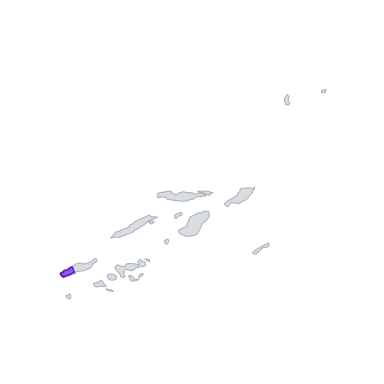 North West Choiseul, Choiseul, Solomon Islands shown in context, rotated 292°
{"feature_id": "97153195B88202120204491", "entity_name": "North West Choiseul", "entity_type": "district", "adm_level": 2, "iso_a3": "SLB", "parent_name": "Solomon Islands", "parent_adm1": "Choiseul", "projection": "equal_earth", "projection_center": [156.555, -6.774], "detail": "fine", "context": "in_parent", "style": "filled", "palette": "violet", "viewbox_px": 384, "rotation_deg": 292, "n_neighbors": 0, "source": "geoboundaries", "source_scale": "gbopen_adm2", "svg_char_len": 5998}
<svg xmlns="http://www.w3.org/2000/svg" viewBox="0 0 384 384"><g transform="rotate(292 192 192)"><path d="M152.3,194.3L158.0,199.9L160.4,199.4L167.9,199.5L172.3,203.5L174.9,205.4L176.4,208.9L178.2,209.8L179.3,211.6L179.9,214.9L177.1,216.7L175.5,217.2L171.1,216.0L167.0,213.5L158.7,213.2L154.9,212.4L153.6,211.5L152.4,210.1L150.4,207.0L148.9,203.4L148.7,201.2L148.6,197.2L149.1,195.7L150.6,194.2L152.3,194.3ZM178.3,160.9L184.7,171.3L184.4,173.1L183.6,174.3L183.3,177.8L184.1,179.2L185.9,179.8L188.8,183.5L190.1,189.5L191.3,191.5L191.4,195.9L194.2,201.9L194.4,204.8L194.1,206.1L192.9,205.4L189.6,198.5L185.7,195.6L185.3,194.3L181.4,190.3L178.8,183.6L176.0,171.6L177.4,168.7L174.2,162.9L174.3,161.4L176.6,161.7L177.1,161.0L178.3,160.9ZM154.9,166.1L155.7,169.4L152.3,166.5L149.6,162.9L142.1,159.0L140.5,157.0L139.1,156.8L135.3,153.5L131.5,151.3L128.6,147.3L127.2,146.7L124.8,143.5L122.5,141.5L121.7,137.7L119.4,135.1L118.9,134.0L126.1,136.1L129.4,140.2L132.2,142.5L133.2,144.2L135.8,146.5L138.1,146.7L140.4,149.1L142.5,149.7L144.1,150.9L154.8,161.3L153.5,164.1L154.9,166.1ZM203.0,233.2L206.2,235.2L208.1,234.9L210.9,236.3L213.1,235.5L214.4,237.3L217.7,244.4L217.7,246.7L219.9,248.4L218.0,248.7L215.5,247.8L213.4,248.4L211.4,247.0L207.8,246.3L204.8,244.7L198.4,239.4L198.4,236.8L197.4,235.5L197.1,232.3L194.8,231.3L192.1,231.1L191.9,229.5L192.4,226.8L194.4,226.9L196.8,228.0L203.0,233.2ZM93.7,126.5L94.5,127.7L92.5,129.8L89.9,128.7L89.2,126.9L87.4,127.3L83.7,126.3L78.6,121.3L73.2,111.8L67.9,106.6L67.0,105.0L66.8,102.3L67.5,101.3L70.8,102.4L75.0,106.7L81.9,111.2L83.7,113.4L84.9,118.9L86.1,120.6L89.8,124.8L93.7,126.5ZM100.9,158.4L102.5,161.2L104.3,167.6L104.0,169.8L102.7,169.9L102.3,171.3L100.5,168.2L98.1,167.4L96.3,165.5L95.5,159.3L94.1,158.9L90.2,159.5L88.9,161.5L87.1,160.9L86.7,159.1L87.0,157.3L89.4,155.5L89.9,153.3L92.3,149.4L93.8,148.7L96.6,150.1L96.9,155.7L97.9,157.5L100.9,158.4ZM173.3,282.2L171.5,283.4L169.8,282.8L168.6,281.9L167.6,279.3L165.4,277.6L162.3,276.9L160.7,275.2L158.5,274.7L157.9,273.2L158.1,271.7L158.5,270.9L160.5,271.6L170.0,278.7L173.3,282.2ZM73.0,147.2L72.5,147.7L71.6,145.8L71.0,145.2L71.0,143.1L68.4,139.7L68.1,137.3L69.7,135.0L71.7,136.4L73.7,139.3L76.1,140.2L75.6,142.1L73.5,145.6L73.0,147.2ZM86.0,152.8L84.9,154.2L82.1,154.0L80.0,150.4L80.0,147.7L81.7,145.3L83.7,144.9L84.8,145.8L85.9,147.9L86.3,150.5L86.0,152.8ZM109.8,173.8L107.2,176.6L105.3,175.6L103.8,173.3L104.6,169.7L106.1,168.9L106.9,167.7L109.7,168.7L110.4,169.3L108.7,171.1L109.7,172.5L109.8,173.8ZM317.1,246.1L312.8,246.8L311.1,249.3L309.0,249.1L308.3,247.0L308.2,246.0L309.4,246.2L310.1,244.2L311.4,243.2L314.3,242.7L317.9,243.8L317.0,245.6L317.1,246.1ZM198.8,206.6L198.9,211.7L197.0,208.9L196.0,209.9L195.2,208.6L195.4,202.7L194.1,197.2L195.2,197.7L198.8,206.6ZM91.1,174.8L91.1,175.3L89.7,174.4L86.5,169.6L87.1,168.1L90.0,165.0L90.9,164.6L91.7,166.5L91.0,169.3L90.0,170.0L89.7,172.6L91.1,174.8ZM163.1,184.7L165.4,185.1L169.3,189.7L168.4,191.1L166.5,190.4L165.9,190.7L165.3,189.1L163.3,187.8L161.5,187.6L161.3,186.0L163.1,184.7ZM137.7,189.1L134.7,188.7L133.8,187.4L134.9,185.7L136.2,184.6L137.4,185.6L138.8,185.9L138.9,188.1L137.7,189.1ZM50.9,118.3L48.3,119.2L46.7,118.1L47.4,115.4L48.3,114.0L51.6,116.5L50.9,118.3ZM150.7,167.6L149.5,168.1L147.7,166.8L146.9,165.7L147.3,163.9L148.3,163.2L149.6,164.4L149.7,165.6L150.7,167.6ZM337.3,277.6L335.0,278.2L334.1,278.1L332.6,275.0L333.8,274.4L335.4,274.6L335.9,276.4L337.3,277.6ZM97.8,176.4L97.7,177.6L96.2,177.3L92.9,175.4L92.8,174.6L94.7,174.3L96.1,174.5L97.8,176.4ZM71.0,153.3L70.5,156.8L69.1,152.5L69.4,148.9L69.9,148.5L71.0,153.3ZM113.5,177.8L111.6,178.7L111.0,177.4L112.4,173.6L113.5,177.8Z" fill="#d9dde1" stroke="#a8b0b8" stroke-width="1"/><path d="M73.1,113.5L77.5,109.1L77.5,108.8L77.4,108.8L77.4,108.7L77.2,108.5L77.1,108.4L77.1,108.5L77.0,108.4L77.0,108.2L76.9,108.1L76.8,107.9L76.7,107.7L76.4,107.7L76.2,107.5L75.8,107.5L75.8,107.4L75.7,107.1L75.4,106.9L75.2,106.9L75.2,107.0L74.9,106.9L74.7,106.8L74.7,106.7L74.4,106.6L74.5,106.6L74.4,106.7L74.2,106.7L74.0,106.4L73.9,106.3L73.8,106.2L73.4,106.1L73.2,106.0L73.2,105.9L72.9,105.8L72.8,105.7L72.8,105.8L72.7,105.8L72.7,105.6L72.6,105.4L72.7,105.0L72.6,104.9L72.3,104.8L72.2,104.6L72.1,104.4L72.0,104.2L72.0,103.9L71.9,103.7L71.7,103.4L71.6,103.1L71.3,102.9L71.2,102.9L70.8,103.0L70.7,102.9L70.5,102.7L70.4,102.5L70.2,102.5L69.9,102.6L69.7,102.5L69.4,102.6L69.4,102.4L69.3,102.2L69.3,102.3L69.3,102.2L69.2,102.1L69.1,101.9L68.9,101.8L68.9,101.7L68.7,101.5L68.7,101.4L68.7,101.5L68.6,101.4L68.4,101.3L68.4,101.2L68.3,100.9L68.2,100.8L68.1,100.7L67.9,100.7L67.7,100.8L67.7,101.0L67.7,101.3L67.4,101.2L67.5,101.0L67.4,101.0L67.4,100.9L67.5,100.8L67.3,100.6L67.1,100.6L66.9,100.9L66.7,100.9L66.4,100.9L66.4,101.0L66.3,101.3L66.2,101.4L65.9,101.7L65.9,101.8L65.4,102.3L65.2,102.6L65.1,102.8L65.1,103.1L65.3,103.2L65.3,103.3L65.5,103.4L65.5,103.6L65.7,103.9L65.8,103.9L65.8,104.0L65.7,104.1L65.7,104.3L65.8,104.4L65.9,104.5L65.7,105.1L65.7,105.4L65.7,105.6L65.8,105.8L66.0,105.8L66.1,105.7L66.2,105.8L66.2,106.0L66.4,106.2L66.4,106.3L66.5,106.3L66.6,106.6L66.7,106.8L67.0,106.9L67.1,107.0L67.3,107.2L67.4,107.3L67.5,107.3L67.6,107.5L67.8,107.5L67.9,107.8L68.0,107.8L68.3,108.0L68.5,108.3L68.6,108.5L68.6,108.8L68.7,109.0L68.8,109.2L69.0,109.3L69.3,109.4L69.5,109.4L69.6,109.6L69.6,109.8L69.8,110.0L70.0,110.0L70.3,110.3L70.3,110.5L70.8,110.7L71.0,110.8L71.0,110.7L71.0,110.8L71.1,110.7L71.2,110.8L71.3,110.8L71.5,111.1L71.8,111.3L72.1,111.5L72.2,111.8L72.3,111.9L72.4,112.0L72.5,112.1L72.6,112.4L72.7,112.5L72.8,113.1L73.0,113.3L73.1,113.5L73.1,113.5ZM65.3,103.5L65.2,103.3L65.3,103.2L65.2,103.2L65.1,103.6L65.3,103.6L65.3,103.5ZM65.5,104.5L65.4,104.4L65.3,104.5L65.5,104.5ZM68.6,109.0L68.5,108.8L68.5,108.7L68.5,108.8L68.5,109.0L68.6,109.0ZM65.5,104.8L65.4,104.7L65.3,104.8L65.4,105.0L65.5,104.9L65.5,104.8ZM65.5,104.0L65.4,103.8L65.4,104.0L65.5,104.0ZM71.3,111.1L71.2,111.0L71.3,111.2L71.3,111.1ZM65.7,104.5L65.6,104.4L65.6,104.5L65.7,104.5Z" fill="#8b5cf6" stroke="#5b21b6" stroke-width="1.5"/></g></svg>